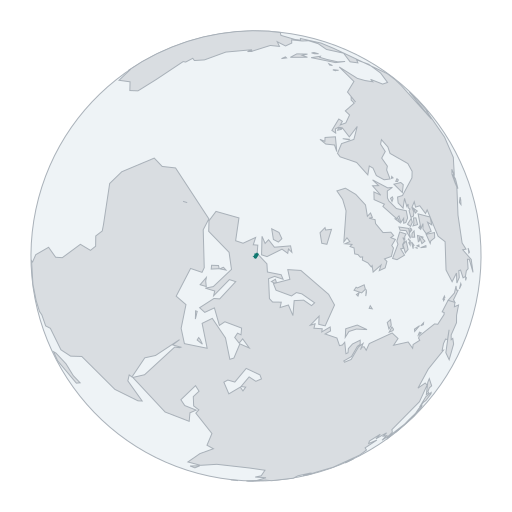 globe centered on Somme, rotated 102°
{"feature_id": "FRA-5345", "entity_name": "Somme", "entity_type": "Metropolitan department", "adm_level": 1, "iso_a3": "FRA", "parent_name": "France", "parent_adm1": "", "projection": "orthographic", "projection_center": [2.405, 49.975], "detail": "fine", "context": "on_globe", "style": "filled", "palette": "teal", "viewbox_px": 512, "rotation_deg": 102, "n_neighbors": 0, "source": "natural_earth", "source_scale": "10m", "svg_char_len": 11244}
<svg xmlns="http://www.w3.org/2000/svg" viewBox="0 0 512 512"><g transform="rotate(102 256 256)"><circle cx="256" cy="256" r="225" fill="#eef3f6" stroke="#a8b0b8"/><path d="M33.3,289.7L33.1,286.2L32.3,278.7L35.0,277.5L36.1,263.0L35.6,257.3L34.0,257.8L34.2,236.7L36.8,223.0L50.3,165.6L54.5,156.7L58.9,149.6L85.7,112.7L63.8,140.0L69.9,130.2L79.0,118.2L79.0,119.0L92.0,105.3L100.5,96.3L118.5,83.5L136.2,78.7L130.4,82.5L135.3,81.3L142.9,76.6L146.7,73.9L174.1,66.9L200.4,57.1L205.6,52.0L206.9,55.1L214.6,44.8L226.9,40.3L214.9,46.7L215.2,48.5L224.4,45.9L226.7,47.2L232.5,46.9L234.3,48.9L227.2,53.0L228.2,54.6L234.7,52.7L240.7,53.9L231.0,56.4L240.4,58.8L230.2,67.2L202.7,74.0L198.8,82.0L175.3,98.2L179.2,99.0L172.8,106.3L175.0,110.1L170.0,112.5L176.1,113.6L180.2,110.7L184.2,110.3L185.9,112.5L179.8,115.7L178.1,115.1L177.2,117.2L173.5,118.0L176.2,118.8L168.7,122.7L178.6,122.1L174.5,128.0L168.9,129.8L166.4,125.3L147.2,119.7L140.7,120.9L134.0,126.7L127.8,146.2L121.9,149.7L116.1,157.5L120.7,157.4L126.9,151.3L134.1,153.4L140.8,146.2L144.7,146.1L152.8,140.9L154.8,146.5L152.3,155.0L145.7,159.8L144.4,163.9L153.4,163.5L143.6,177.0L141.5,194.3L138.7,197.6L128.3,195.7L121.6,184.5L108.2,183.9L120.1,189.5L112.7,198.2L112.8,202.0L115.1,204.8L119.2,203.6L117.4,207.9L104.8,203.5L106.3,199.5L110.3,200.8L107.1,195.8L98.6,193.8L95.5,198.8L86.0,191.7L83.7,195.3L80.3,196.1L84.7,190.6L76.6,200.6L64.9,196.5L53.8,213.9L61.2,193.8L61.7,185.8L61.3,178.0L59.4,180.6L61.5,167.9L58.9,163.4L51.1,172.2L45.0,185.7L43.3,198.3L45.9,196.5L46.5,204.3L39.4,212.5L39.3,230.0L35.4,239.3L34.5,249.3L36.1,255.5L37.2,266.1L40.3,265.3L44.4,270.8L42.0,279.8L46.1,276.6L47.1,285.8L56.6,302.6L55.2,303.3L62.8,327.9L74.9,347.2L77.6,356.9L75.8,359.0L80.9,365.1L81.0,367.7L104.3,390.5L119.0,405.8L120.4,413.8L111.8,415.4L112.6,426.5L99.3,417.4L101.2,419.6L89.5,407.8L78.8,395.1L69.1,381.7L60.3,367.6L52.6,352.9L46.1,337.7L40.6,322.0L36.3,306.0L33.3,289.7ZM50.3,218.4L50.5,243.3L47.2,234.5L48.4,235.0L49.0,227.4L49.1,216.3L47.2,209.3L50.3,218.4ZM57.5,217.4L57.2,213.8L57.9,216.6L57.5,217.4ZM148.1,72.5L142.8,76.4L135.1,80.4L139.2,76.9L148.1,72.5ZM163.1,66.2L161.3,68.2L155.9,68.6L158.6,67.4L163.1,66.2ZM208.8,48.4L204.1,50.2L207.9,48.0L208.8,48.4ZM232.9,46.5L233.6,45.7L236.3,45.9L232.9,46.5ZM151.1,138.2L151.9,139.6L150.0,139.8L151.1,138.2ZM153.9,134.8L151.1,134.2L152.0,132.6L153.7,133.0L153.9,134.8ZM241.6,49.3L245.8,50.2L240.3,50.0L241.6,49.3ZM157.1,136.0L154.0,129.7L155.6,126.8L163.5,126.0L157.1,136.0ZM247.5,51.2L257.7,53.7L260.0,51.8L259.4,58.9L250.9,54.2L243.7,54.1L247.7,52.8L247.5,51.2ZM180.8,108.9L176.5,112.0L178.5,107.6L180.8,108.9ZM181.1,106.2L181.7,93.8L189.0,90.6L187.3,95.2L195.4,89.8L198.7,94.3L194.9,98.3L189.6,99.4L194.9,100.3L181.1,106.2ZM257.4,62.6L258.8,64.0L256.0,63.4L257.4,62.6ZM186.0,109.9L185.5,107.5L191.7,104.5L193.9,108.7L191.2,108.3L186.0,109.9ZM196.0,86.3L201.0,85.0L205.0,88.2L207.5,88.2L199.4,94.1L196.0,86.3ZM190.6,110.1L194.9,111.0L193.4,114.4L186.9,112.0L190.6,110.1ZM192.4,102.0L195.5,100.8L194.5,102.8L192.4,102.0ZM190.8,127.6L190.0,124.5L193.2,122.6L190.8,127.6ZM196.5,111.1L197.0,109.9L198.2,108.9L200.6,110.2L196.5,111.1ZM202.8,96.1L203.4,97.8L206.3,93.8L209.4,96.3L203.4,99.9L207.3,99.4L208.3,100.2L202.3,102.3L202.8,96.1ZM206.6,108.6L200.0,114.5L200.8,120.4L197.9,122.2L197.3,112.4L206.6,108.6ZM204.6,104.7L205.2,107.5L201.4,108.1L198.6,106.6L204.6,104.7ZM213.7,96.8L210.5,92.0L211.9,91.5L213.7,96.8ZM207.5,110.2L209.1,108.8L208.0,110.5L207.5,110.2ZM212.6,100.7L211.3,99.0L213.0,98.4L212.6,100.7ZM213.3,107.5L211.2,109.3L209.3,108.2L213.3,107.5ZM213.6,104.3L216.2,103.8L209.9,106.8L212.7,103.6L213.6,104.3ZM214.4,100.4L215.0,99.5L214.7,101.2L214.4,100.4ZM221.9,110.6L214.3,114.6L210.1,112.2L218.0,108.6L221.9,110.6ZM472.6,194.2L473.2,199.9L476.8,212.5L476.8,211.5L477.9,216.8L478.0,218.7L475.4,208.5L470.8,200.1L472.4,210.8L469.9,205.2L463.7,202.7L464.7,218.1L467.9,251.0L472.3,266.8L471.6,279.8L460.9,269.7L453.4,257.6L451.3,264.6L438.8,262.2L422.2,282.2L418.4,279.9L415.6,285.8L406.6,288.1L400.1,283.6L395.4,288.2L412.2,299.6L417.1,294.6L419.2,282.5L423.1,288.0L431.6,287.0L427.5,312.5L400.4,351.2L395.3,340.3L362.0,316.6L361.6,311.7L361.4,311.3L360.8,310.5L360.3,319.0L353.7,313.4L374.2,333.6L378.7,343.6L400.1,352.2L398.7,355.3L404.8,355.4L421.5,337.2L422.2,341.3L415.8,366.3L390.5,405.5L392.5,416.5L388.3,427.3L369.5,442.1L368.1,447.2L358.0,453.3L355.3,456.2L345.5,461.7L330.1,468.3L307.3,474.6L308.3,473.3L300.5,471.7L290.6,460.7L298.9,451.7L297.9,445.1L281.1,430.2L284.9,419.1L279.8,414.9L269.7,416.9L263.5,411.6L257.1,411.7L215.5,414.2L201.5,404.8L181.4,375.9L187.9,366.4L186.6,353.0L229.5,309.8L241.3,313.1L278.2,304.2L283.2,305.4L281.8,317.4L311.9,325.7L318.1,314.4L342.3,314.2L356.6,307.8L356.4,284.6L333.1,294.7L326.1,285.8L342.5,268.8L362.5,260.1L360.4,256.4L345.3,253.5L347.4,243.4L339.8,251.8L344.7,254.4L340.1,259.9L335.3,258.0L336.2,254.3L329.5,255.1L326.8,272.8L331.5,277.4L315.4,285.9L321.8,294.4L318.3,300.4L306.3,288.3L305.5,282.6L285.3,270.5L284.6,277.1L303.7,289.2L298.8,289.1L298.0,298.9L294.8,291.4L274.2,277.2L258.0,283.1L241.7,307.4L231.3,309.3L220.7,304.4L222.3,280.6L245.3,279.1L246.2,271.3L237.9,260.2L245.6,261.0L245.0,256.5L253.3,255.4L261.4,243.7L269.3,241.5L269.1,227.5L273.1,224.7L272.1,233.6L275.6,239.0L294.9,234.0L297.6,230.2L295.9,221.7L301.4,221.7L297.2,214.1L306.6,207.5L291.7,209.4L289.3,200.2L293.0,191.4L289.6,188.9L283.5,203.3L283.4,208.9L287.7,213.0L285.3,229.3L279.4,233.2L271.8,218.0L262.7,222.1L260.8,209.1L278.4,177.0L287.6,169.0L309.9,173.8L309.8,180.4L301.7,181.8L312.4,188.5L310.0,184.1L314.6,184.3L313.4,176.1L316.6,175.9L310.0,168.7L313.8,167.5L317.9,172.2L319.4,159.8L326.3,155.7L325.1,153.0L321.9,151.3L332.9,147.7L331.5,145.9L327.4,146.4L322.0,143.3L316.7,136.6L320.8,135.7L323.2,138.0L334.5,141.7L340.4,148.3L341.5,147.3L337.4,141.4L323.6,136.8L319.3,133.1L325.9,134.3L323.2,133.6L322.3,131.4L325.3,128.6L318.1,127.0L303.0,106.8L307.2,99.9L314.7,102.9L308.5,89.3L313.7,83.6L309.9,83.9L304.4,78.3L302.6,79.9L300.4,79.7L285.3,67.2L285.0,64.0L274.2,59.9L272.2,60.2L271.9,62.3L259.4,58.9L260.0,51.8L264.4,51.4L261.8,47.7L272.2,47.5L279.6,46.0L292.6,48.7L297.3,47.7L295.7,46.4L301.0,44.4L317.3,45.5L311.1,50.2L288.0,51.8L298.0,51.3L297.8,53.3L302.7,54.4L309.6,54.3L309.1,53.0L330.8,64.0L351.6,70.1L345.1,64.1L346.6,61.8L364.5,65.8L397.6,87.0L400.0,86.0L403.8,88.4L410.0,94.4L404.6,91.0L405.8,94.0L401.8,91.5L409.9,100.7L404.5,97.4L413.4,106.6L416.0,106.8L410.9,99.5L421.0,109.4L422.8,107.6L429.1,113.1L446.5,136.5L455.1,152.5L456.8,155.5L457.1,157.9L462.2,169.2L465.6,173.3L472.6,194.2ZM218.1,334.4L217.7,338.7L218.1,334.4ZM386.1,261.2L396.5,253.9L387.5,244.1L390.7,240.7L386.4,238.8L386.8,243.5L375.7,237.6L378.6,230.1L375.1,225.1L371.5,227.4L368.0,242.2L383.7,250.5L383.2,257.8L386.1,261.2ZM56.9,303.0L57.8,306.8L56.1,304.1L56.9,303.0ZM45.2,236.8L46.0,240.7L45.8,243.9L44.9,241.6L45.2,236.8ZM55.9,267.3L57.6,272.1L55.1,268.6L55.9,267.3ZM50.9,247.0L54.5,263.7L49.8,258.1L47.8,247.6L50.1,252.6L50.9,247.0ZM53.8,220.8L53.9,223.7L52.8,224.7L53.8,220.8ZM58.0,219.5L57.7,218.8L58.3,216.3L58.0,219.5ZM113.5,198.4L114.4,198.9L116.0,202.3L113.8,202.0L113.5,198.4ZM132.0,211.0L128.6,217.7L129.5,212.5L125.7,213.1L122.9,203.1L137.1,198.7L131.1,202.3L132.0,211.0ZM123.0,189.2L123.2,195.6L122.4,188.8L123.0,189.2ZM233.7,234.3L237.7,237.0L236.2,242.4L226.1,246.3L228.2,238.4L233.7,234.3ZM243.6,239.8L238.9,224.3L244.9,221.7L242.4,225.7L246.8,225.5L243.9,232.0L254.3,245.1L253.7,250.8L235.5,254.2L241.8,249.7L237.5,247.1L243.6,239.8ZM216.1,193.3L214.2,187.7L229.8,189.1L229.9,194.3L219.9,198.2L213.9,194.4L216.1,193.3ZM171.6,136.4L169.8,134.9L171.5,133.9L174.4,134.3L171.6,136.4ZM190.2,126.3L181.1,142.2L178.6,141.2L176.3,152.2L168.8,154.0L170.6,146.6L163.1,156.6L161.7,150.7L157.3,157.8L162.0,141.3L160.5,136.8L165.1,141.1L171.9,139.5L174.5,137.5L180.4,128.5L180.5,118.4L187.3,115.6L192.2,116.4L193.2,118.4L188.4,119.4L193.2,121.3L187.1,124.5L190.2,126.3ZM244.7,132.4L238.8,131.8L247.4,138.1L241.3,140.4L242.7,141.0L239.5,145.1L237.9,151.1L234.7,151.5L235.5,153.7L233.4,156.6L233.4,159.9L227.7,161.8L227.2,166.0L224.7,164.5L225.5,171.4L222.4,167.2L219.3,170.8L223.9,173.0L193.1,177.3L182.6,183.0L175.5,190.4L171.1,182.7L175.0,171.2L183.3,159.5L194.0,155.3L190.1,152.9L194.1,150.2L195.5,153.3L195.7,147.1L199.4,145.8L206.7,136.6L204.7,129.0L207.4,125.6L210.0,128.0L210.8,123.1L217.5,125.4L219.6,123.2L228.3,123.5L232.1,129.7L234.1,126.8L240.8,127.2L244.7,132.4ZM224.3,110.9L230.3,117.3L230.0,121.9L215.0,119.6L212.2,121.3L202.6,120.4L203.3,113.8L206.0,114.6L208.8,113.9L207.4,116.2L210.6,113.9L214.4,115.0L217.9,113.5L218.9,116.0L224.3,110.9ZM287.3,300.1L290.9,300.0L296.2,298.3L295.7,304.7L287.3,300.1ZM273.1,290.7L276.1,289.4L278.1,297.1L274.3,297.5L273.1,290.7ZM276.0,282.4L276.1,288.8L273.8,285.5L276.0,282.4ZM274.7,232.2L277.7,230.5L278.7,232.3L277.8,235.6L274.7,232.2ZM269.1,153.0L265.7,151.6L266.2,150.2L261.7,144.2L265.8,142.1L270.1,145.0L269.1,153.0ZM353.4,290.1L350.4,296.1L347.7,295.1L349.3,293.2L353.4,290.1ZM322.4,302.0L330.3,302.2L322.2,303.7L322.4,302.0ZM272.8,149.8L270.5,147.5L274.0,147.9L272.8,149.8ZM268.6,140.4L272.4,140.3L265.8,141.2L268.6,140.4ZM417.7,405.3L399.7,428.3L391.7,434.1L392.6,431.4L400.9,419.5L411.0,409.9L416.6,401.7L417.7,405.3ZM480.2,234.1L480.0,233.5L479.5,227.5L479.4,226.9L480.2,234.1ZM472.9,267.4L475.9,271.7L475.1,276.8L472.9,267.4ZM459.0,159.3L461.1,164.2L460.1,162.5L456.8,155.2L459.0,159.3ZM434.0,118.3L438.1,123.3L439.9,125.8L438.8,124.6L434.0,118.3ZM304.9,132.1L306.6,142.6L310.5,149.4L317.0,151.8L308.5,153.1L302.5,142.6L304.9,132.1ZM302.8,109.9L297.1,108.3L299.0,106.3L300.5,106.5L302.8,109.9ZM299.7,110.8L293.8,113.8L290.2,111.2L295.6,109.3L299.7,110.8ZM283.5,131.3L283.7,134.4L280.9,133.9L283.5,131.3ZM399.9,83.2L397.9,82.0L394.0,78.7L396.5,80.5L399.9,83.2ZM379.6,68.0L392.3,77.5L402.2,85.9L401.3,84.7L407.5,89.7L406.4,89.7L396.2,81.3L389.5,75.6L384.2,72.3L376.7,67.2L371.7,65.2L367.0,62.6L369.5,62.8L379.6,68.0ZM369.8,64.6L358.3,60.6L353.1,56.3L354.4,56.2L361.9,59.7L364.2,61.8L369.8,64.6ZM354.0,58.5L356.1,60.6L343.8,61.7L339.9,61.0L346.5,57.2L348.9,59.0L352.8,59.7L354.0,58.5ZM260.7,63.2L259.0,63.9L259.1,62.6L260.7,63.2ZM299.6,80.8L296.5,80.3L296.8,78.5L299.6,80.8ZM288.3,78.0L290.1,80.4L286.4,78.2L288.3,78.0ZM294.6,85.8L290.1,81.5L296.8,85.1L294.6,85.8Z" fill="#d9dde1" stroke="#a8b0b8" stroke-width="1"/><path d="M253.4,255.6L253.6,255.4L253.7,255.2L253.8,255.0L254.1,255.2L254.0,254.9L253.9,254.8L253.8,254.7L253.9,254.4L254.0,254.4L254.1,254.5L254.3,254.5L254.5,254.5L254.8,254.6L255.1,254.9L255.1,255.0L255.3,255.1L255.5,255.1L255.8,255.0L256.0,255.0L256.0,255.3L255.9,255.3L255.9,255.5L256.0,255.5L256.1,255.4L256.3,255.4L256.4,255.5L256.5,255.5L256.7,255.4L256.8,255.4L256.9,255.5L256.9,255.8L256.9,255.7L257.0,255.7L257.1,255.8L257.3,255.8L257.4,255.7L257.5,255.6L257.9,255.8L258.0,255.9L258.0,256.0L257.9,256.1L257.8,256.4L257.7,256.4L257.7,256.5L257.7,256.8L257.8,256.8L257.8,257.0L257.6,257.0L257.4,257.1L257.2,257.0L257.0,257.3L256.9,257.4L256.7,257.4L256.7,257.5L256.6,257.4L256.5,257.5L256.4,257.5L256.3,257.4L256.2,257.4L255.9,257.2L255.6,257.1L255.1,257.1L254.9,257.0L254.6,257.1L254.6,256.9L254.3,256.8L254.3,256.7L254.2,256.5L254.2,256.4L253.8,255.9L253.4,255.6Z" fill="#14b8a6" stroke="#0f766e" stroke-width="1.5"/></g></svg>